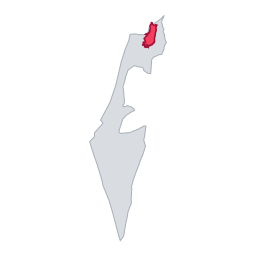 Zefat, HaZafon, Israel shown in context
{"feature_id": "584046B13386645158990", "entity_name": "Zefat", "entity_type": "district", "adm_level": 2, "iso_a3": "ISR", "parent_name": "Israel", "parent_adm1": "HaZafon", "projection": "natural_earth1", "projection_center": [35.521, 33.074], "detail": "fine", "context": "in_parent", "style": "filled", "palette": "rose", "viewbox_px": 256, "rotation_deg": 0, "n_neighbors": 0, "source": "geoboundaries", "source_scale": "gbopen_adm2", "svg_char_len": 5118}
<svg xmlns="http://www.w3.org/2000/svg" viewBox="0 0 256 256"><path d="M164.2,15.4L163.0,18.4L162.0,20.0L161.6,22.5L162.3,24.5L162.7,27.2L163.6,28.0L163.9,29.8L163.1,31.5L163.5,32.9L164.4,34.3L165.1,39.7L166.4,42.3L164.3,46.2L163.9,49.4L161.7,54.3L159.3,54.6L153.5,57.3L152.8,58.1L151.7,59.7L151.6,60.9L150.7,73.7L147.6,73.3L143.8,70.5L143.1,68.1L141.9,67.3L139.2,67.0L134.0,65.7L128.1,70.0L125.5,77.0L125.0,80.2L122.9,87.1L123.7,91.3L124.0,96.8L124.5,101.3L124.0,104.0L122.8,105.4L123.2,106.4L124.2,106.8L127.5,105.6L130.9,106.8L134.2,109.1L134.5,110.6L132.1,111.5L126.6,115.0L122.7,119.1L121.6,122.8L119.0,130.8L119.3,132.5L120.6,133.4L129.7,132.6L137.9,129.3L144.1,125.9L146.0,126.1L144.7,134.9L144.8,134.9L143.7,140.3L144.1,141.2L145.5,145.9L142.9,154.5L139.9,161.5L138.9,164.8L136.0,172.2L133.0,180.8L131.5,186.6L131.8,188.7L131.1,199.6L131.5,202.6L128.0,212.0L127.3,216.6L125.9,222.9L123.6,236.2L120.3,240.6L118.7,235.7L115.0,221.5L112.4,211.8L108.8,199.8L102.8,185.2L102.2,181.7L100.9,176.6L96.8,163.4L93.4,153.8L89.6,141.6L94.4,136.8L94.5,132.8L102.8,123.4L102.7,122.5L100.5,120.1L100.8,119.6L110.0,102.3L115.8,85.1L121.4,61.2L125.3,49.0L128.7,41.0L130.1,34.3L135.5,33.9L139.5,34.6L144.2,34.8L148.0,32.3L149.9,24.8L152.0,23.6L153.1,25.4L154.3,23.4L159.3,20.1L161.7,18.0L164.2,15.4Z" fill="#d9dde1" stroke="#a8b0b8" stroke-width="1"/><path d="M154.3,42.2L154.3,41.9L154.1,41.6L154.3,41.4L154.5,41.3L154.6,41.2L154.6,40.9L154.6,39.7L154.4,39.5L154.4,39.3L154.5,39.0L154.5,38.9L154.5,38.7L154.4,38.4L154.3,38.2L154.5,37.9L154.6,37.6L154.6,37.4L154.7,37.2L154.8,37.0L154.8,36.8L155.0,36.6L155.0,36.4L155.0,36.1L155.0,35.9L155.1,35.7L155.2,35.4L155.1,35.1L155.0,34.8L155.1,34.6L155.3,34.3L155.3,34.1L155.3,33.8L155.3,33.6L155.3,33.4L155.3,33.1L155.5,33.0L155.5,32.9L155.5,32.7L155.5,32.2L155.6,31.8L155.7,31.6L155.8,31.4L155.9,31.2L156.0,31.1L156.1,30.9L156.2,30.7L156.2,30.2L156.2,29.7L156.2,29.3L156.0,29.2L155.9,28.7L156.0,28.4L156.0,27.8L156.0,27.1L156.0,26.9L156.2,26.7L156.2,26.2L156.3,26.0L156.3,25.9L156.5,25.8L156.7,25.7L156.8,25.6L156.9,25.4L156.9,25.2L156.7,24.9L156.4,25.0L156.2,24.9L155.9,24.9L155.6,24.9L155.3,24.9L155.2,25.0L154.9,25.2L154.5,25.2L154.3,25.2L154.1,25.3L153.8,25.2L153.6,25.0L153.5,24.9L153.4,24.8L153.2,24.7L152.9,24.5L152.7,24.2L152.4,24.0L152.3,23.8L152.3,23.6L152.4,23.4L152.4,23.2L152.2,23.2L152.2,22.9L151.9,22.8L151.7,22.7L151.4,22.6L151.3,22.9L151.3,23.0L151.4,23.3L151.4,23.5L151.2,23.9L151.1,24.0L151.0,24.3L150.9,24.4L150.7,24.5L150.5,25.0L150.5,25.3L150.5,25.5L150.3,25.8L150.2,25.8L150.0,26.0L150.0,26.3L150.0,26.6L150.0,27.0L150.1,27.3L150.3,27.6L150.3,27.9L150.3,28.1L150.3,28.4L150.3,28.5L150.2,28.6L150.1,28.9L150.1,29.1L150.1,29.3L150.0,29.6L149.8,29.8L149.8,30.0L149.8,30.4L149.8,30.5L149.7,30.6L149.6,30.9L149.6,31.1L149.8,31.3L149.9,31.6L149.6,31.8L149.6,32.0L149.4,32.2L149.4,32.4L148.9,32.4L148.8,32.5L148.6,32.6L148.5,32.9L148.5,33.1L148.6,33.4L148.6,33.6L148.5,33.8L148.3,33.9L148.2,33.9L147.9,33.9L147.7,33.8L147.3,33.8L146.5,33.8L146.2,33.9L145.9,33.9L145.8,34.0L145.7,34.2L145.6,34.3L146.0,34.3L146.4,34.3L146.5,34.4L146.6,34.5L146.9,34.6L147.0,34.5L147.3,34.6L147.5,34.7L147.5,34.8L147.5,35.0L147.4,35.2L147.3,35.3L147.2,35.3L147.0,35.6L146.9,35.7L146.9,35.8L146.7,36.0L146.3,36.1L146.1,36.1L145.9,36.4L145.9,36.5L145.7,36.6L145.5,36.8L145.5,37.0L145.4,37.1L145.3,37.3L145.2,37.5L145.0,37.8L144.9,37.9L144.8,38.0L144.6,38.0L144.4,38.2L144.3,38.3L144.2,38.3L144.1,38.6L144.3,38.9L144.3,39.1L144.4,39.3L144.6,39.5L144.8,39.9L144.8,40.1L144.9,40.4L144.9,40.5L145.0,40.7L145.0,40.9L145.1,41.2L145.3,41.2L145.3,41.3L145.3,41.5L145.3,41.9L145.4,42.0L145.0,42.0L144.8,42.0L144.6,42.1L144.6,42.3L144.4,42.5L144.2,42.4L144.0,42.2L143.9,42.2L143.7,42.2L143.4,42.1L143.2,42.4L143.3,42.5L143.5,42.7L144.1,42.9L144.3,43.1L144.2,43.2L144.1,43.3L144.1,43.6L143.9,43.7L143.8,43.9L143.7,43.9L143.6,44.0L143.4,44.0L143.2,44.0L143.0,44.3L142.9,44.4L142.8,44.5L142.7,44.5L142.6,44.9L142.7,45.1L142.8,45.2L143.1,45.2L143.2,44.9L143.3,44.8L143.5,45.0L143.8,45.0L144.0,45.0L144.1,44.9L144.3,44.8L144.6,44.7L144.7,44.8L144.8,44.9L144.9,45.0L145.0,45.1L145.1,45.3L145.2,45.5L145.3,45.6L145.3,45.9L145.3,46.1L145.2,46.2L144.9,46.2L144.7,46.2L144.6,46.3L144.7,46.5L144.6,46.8L144.8,47.0L145.0,47.1L145.0,46.9L145.2,46.7L145.3,46.7L145.5,46.8L145.7,47.0L145.8,47.1L146.1,47.2L146.3,47.0L146.4,46.9L146.5,46.9L146.6,47.0L146.8,47.2L147.1,47.2L147.3,47.2L147.6,47.2L147.8,47.0L147.9,46.9L148.0,46.9L148.1,47.0L148.3,47.2L148.3,46.8L148.2,46.7L147.9,46.7L147.7,46.7L147.4,46.4L147.4,46.2L147.2,46.0L147.2,45.9L147.2,45.6L147.1,45.4L147.0,45.2L147.2,45.3L147.3,45.3L147.4,45.2L147.5,45.0L147.8,45.1L148.0,45.3L148.3,45.5L148.6,45.5L148.8,45.6L149.1,45.5L149.3,45.6L149.4,45.8L149.6,45.9L149.8,45.8L149.9,45.7L150.1,45.6L150.1,45.3L150.4,45.3L150.7,45.2L150.8,45.0L151.2,45.0L151.3,44.8L151.5,44.8L151.7,45.0L151.8,45.0L151.9,44.9L152.0,44.7L152.2,44.4L152.3,44.3L152.4,44.2L152.4,43.8L152.5,43.8L152.8,43.7L153.0,43.6L153.3,43.5L153.4,43.3L153.6,43.2L153.6,42.8L153.6,42.6L153.8,42.5L154.0,42.5L154.1,42.3L154.3,42.3L154.3,42.2Z" fill="#f43f5e" stroke="#9f1239" stroke-width="1.5"/></svg>